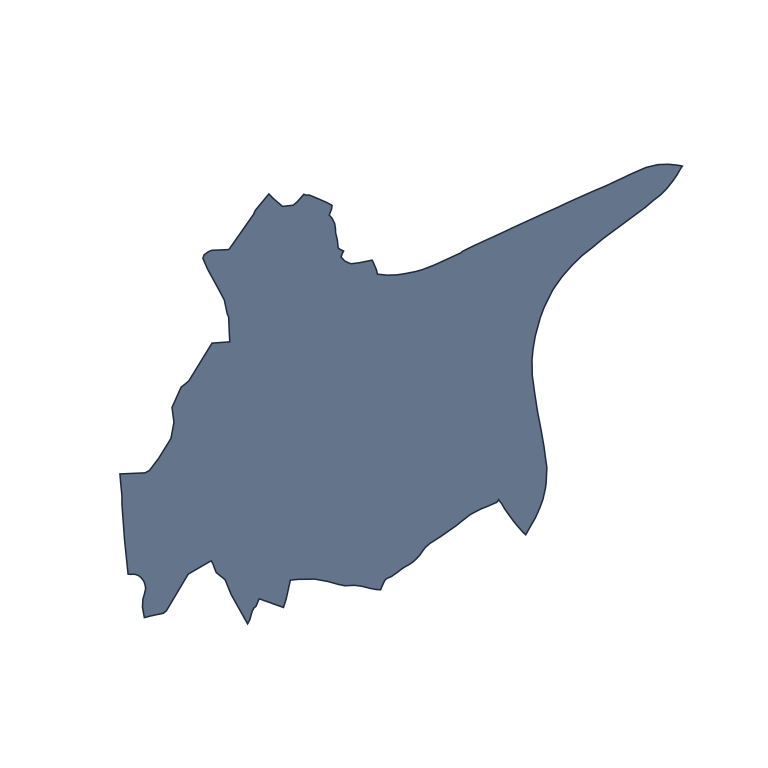 outline of Surulere, Lagos, Nigeria, rotated 195°
{"feature_id": "59680162B1513568068009", "entity_name": "Surulere", "entity_type": "district", "adm_level": 2, "iso_a3": "NGA", "parent_name": "Nigeria", "parent_adm1": "Lagos", "projection": "natural_earth1", "projection_center": [3.345, 6.49], "detail": "fine", "context": "isolated", "style": "filled", "palette": "slate", "viewbox_px": 768, "rotation_deg": 195, "n_neighbors": 0, "source": "geoboundaries", "source_scale": "gbopen_adm2", "svg_char_len": 2713}
<svg xmlns="http://www.w3.org/2000/svg" viewBox="0 0 768 768"><g transform="rotate(195 384 384)"><path d="M561.8,125.8L561.5,125.6L561.2,123.2L561.1,119.0L561.2,113.6L560.0,108.2L559.7,106.3L556.8,100.0L555.0,96.3L549.6,99.4L537.7,105.5L535.5,108.6L523.9,149.7L505.8,167.9L505.1,168.4L502.7,166.0L499.5,161.4L497.2,158.4L488.3,154.5L486.6,153.5L477.0,140.9L453.7,117.0L452.6,121.6L452.5,130.4L451.7,133.9L450.1,136.1L449.0,144.2L423.3,142.1L422.8,150.6L423.6,168.6L423.7,170.3L416.3,173.1L400.4,177.6L387.2,178.7L376.0,178.6L369.5,179.0L360.4,181.9L352.8,182.9L344.0,183.0L338.3,183.5L334.0,184.3L333.6,187.6L332.8,192.4L332.3,194.7L331.1,196.7L326.8,200.1L325.3,202.1L323.0,204.7L321.7,206.3L319.6,209.2L317.1,212.1L313.4,215.7L310.3,219.1L307.7,223.1L305.2,227.8L303.4,232.8L302.1,236.1L300.6,238.6L298.4,241.9L290.4,250.6L288.5,252.8L287.2,254.4L277.5,265.9L273.7,271.2L266.9,280.2L258.0,288.4L252.2,292.7L244.5,298.9L243.4,301.2L243.6,302.7L243.0,301.4L239.6,299.1L234.9,294.4L232.4,292.3L223.8,285.3L220.4,282.8L212.4,277.4L208.1,275.0L205.6,284.6L203.1,294.0L201.4,304.6L200.6,313.9L201.1,325.3L201.7,330.0L205.0,345.3L209.1,354.9L209.8,356.6L213.0,364.4L220.2,380.0L228.6,397.2L235.6,413.1L243.0,430.7L247.4,446.0L247.4,446.4L249.0,455.9L249.8,464.3L250.3,469.4L250.2,488.6L249.2,499.2L245.3,518.7L239.8,533.7L233.0,547.4L225.9,559.3L218.0,569.8L210.5,580.5L177.2,622.4L174.7,626.1L171.1,631.3L165.7,638.4L161.4,645.9L157.2,655.7L155.1,661.7L153.0,669.6L152.2,671.7L153.0,671.7L157.4,671.3L166.1,669.9L176.3,666.8L187.1,660.9L198.3,652.0L220.3,633.4L232.6,623.8L254.4,606.1L261.6,599.9L274.1,589.8L301.7,567.0L303.2,565.6L308.8,560.9L332.7,541.1L338.1,536.4L342.8,532.2L343.1,531.1L362.0,515.4L366.7,511.6L376.9,504.2L382.4,500.9L390.1,497.1L394.0,495.3L399.9,492.7L409.4,489.9L418.8,488.4L420.6,492.0L425.0,497.7L427.5,500.6L439.1,494.8L446.7,491.7L449.2,491.8L453.9,492.7L458.3,495.6L458.1,498.9L457.4,502.0L461.5,502.7L463.5,503.7L466.3,511.0L469.9,517.6L471.2,521.9L473.2,526.3L476.9,530.5L480.6,533.0L479.9,539.6L480.4,543.1L486.1,544.5L495.4,545.9L505.1,547.2L508.2,546.3L510.6,546.5L514.6,538.3L517.8,533.3L527.9,529.3L538.7,534.4L544.4,537.8L553.1,518.8L553.8,515.5L553.5,515.3L568.3,474.6L569.0,473.6L584.9,468.6L587.9,466.3L591.2,462.2L591.5,458.5L583.6,448.7L568.2,432.6L560.0,423.8L553.5,411.0L551.4,408.5L546.7,393.4L543.9,384.8L560.7,379.0L573.4,336.3L579.2,328.3L582.7,306.5L577.0,292.7L575.7,276.3L582.4,254.0L588.3,239.6L591.9,236.3L615.8,228.8L613.0,220.9L608.1,207.9L606.1,200.3L602.5,189.9L594.4,166.6L582.0,134.1L579.1,134.6L577.2,135.3L574.9,135.7L571.9,135.5L568.7,134.2L566.1,132.3L564.9,131.2L562.8,128.1L561.8,125.8Z" fill="#64748b" stroke="#1e293b" stroke-width="1.5"/></g></svg>